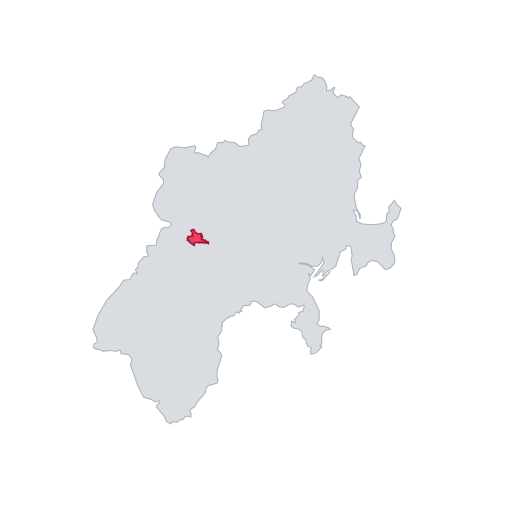 Kiev City highlighted on a map of Ukraine, rotated 298°
{"feature_id": "UKR-4826", "entity_name": "Kiev City", "entity_type": "Municipality", "adm_level": 1, "iso_a3": "UKR", "parent_name": "Ukraine", "parent_adm1": "", "projection": "mercator", "projection_center": [30.516, 50.341], "detail": "fine", "context": "in_parent", "style": "filled", "palette": "rose", "viewbox_px": 512, "rotation_deg": 298, "n_neighbors": 0, "source": "natural_earth", "source_scale": "10m", "svg_char_len": 4985}
<svg xmlns="http://www.w3.org/2000/svg" viewBox="0 0 512 512"><g transform="rotate(298 256 256)"><path d="M337.5,342.8L342.5,350.4L346.6,354.3L348.7,354.4L354.5,351.7L358.2,352.6L361.5,350.2L370.0,352.0L367.4,356.8L366.2,361.7L355.2,363.5L351.2,360.6L346.9,360.7L344.5,364.3L340.3,366.7L338.9,369.5L331.1,369.4L325.9,371.9L322.0,377.3L317.6,380.6L314.2,381.7L308.9,380.4L304.6,376.8L308.0,366.4L306.8,360.8L303.4,358.1L299.1,357.9L293.5,353.3L287.0,353.9L284.9,351.7L298.1,341.3L301.0,340.9L309.1,335.4L307.6,330.9L304.2,332.1L299.4,328.5L284.2,331.3L275.0,325.9L270.7,325.3L269.6,324.0L274.1,322.8L274.4,320.8L268.2,319.5L264.9,317.0L281.8,319.4L286.3,315.2L281.6,316.7L276.9,315.7L275.2,314.3L273.1,310.0L273.0,304.0L270.8,298.6L269.2,296.9L272.4,305.7L271.6,314.1L264.4,313.7L265.1,310.2L261.7,314.7L256.2,314.9L249.0,317.1L246.1,325.8L237.0,337.8L228.6,341.9L225.8,341.2L224.6,342.1L224.0,345.8L225.5,347.6L226.7,353.5L226.2,356.0L223.3,352.7L219.9,351.2L216.1,351.7L209.2,355.1L206.9,354.5L207.1,356.2L206.4,356.7L200.0,355.0L197.2,353.4L195.0,350.3L197.0,348.8L201.0,348.3L200.8,343.8L205.8,338.3L206.0,335.7L210.3,332.3L211.6,328.5L210.0,322.9L210.6,319.9L215.3,317.9L215.7,322.3L216.8,321.9L217.8,319.7L224.3,321.7L226.2,320.2L229.0,323.2L234.0,322.4L235.1,321.0L230.8,317.5L231.2,311.9L229.8,308.6L223.4,304.5L222.1,299.5L222.7,295.1L219.5,293.3L214.3,288.3L215.9,279.4L215.5,276.1L214.1,273.5L209.8,273.9L206.7,268.7L201.6,267.7L200.2,269.6L199.4,267.8L197.6,267.9L197.8,265.7L196.6,264.9L192.4,264.4L191.3,262.3L186.7,259.3L181.1,257.4L178.0,259.4L176.6,258.8L174.4,260.8L166.4,260.3L161.6,264.3L155.0,266.0L154.4,268.9L152.1,272.6L137.4,275.2L131.3,277.9L129.3,280.4L125.5,281.2L118.9,274.6L116.9,274.1L110.5,275.4L99.9,272.7L94.4,272.7L88.8,269.7L87.0,272.2L83.3,274.1L82.9,271.5L81.0,269.0L77.1,268.2L75.8,266.0L72.3,264.4L70.2,259.6L67.7,259.7L67.9,254.5L71.1,250.8L76.2,238.5L82.5,239.6L82.7,238.2L79.7,235.4L80.3,231.4L78.5,223.5L79.7,221.4L86.6,211.9L100.8,196.3L106.2,195.2L108.7,191.2L108.8,188.4L106.3,182.8L109.0,180.8L108.8,179.9L106.5,177.7L103.9,171.5L99.8,165.3L100.1,162.5L98.5,158.4L98.6,155.3L102.4,154.4L105.8,156.1L109.4,153.4L114.4,146.6L129.1,144.4L147.1,145.0L164.8,149.8L172.6,150.5L175.8,155.7L182.2,155.6L184.0,156.5L184.2,159.7L187.6,155.9L190.7,157.0L194.4,155.3L203.0,157.5L204.1,160.4L205.8,161.2L208.3,157.6L213.6,154.7L218.7,162.9L223.0,161.2L235.7,159.7L238.8,162.3L239.3,164.8L243.8,166.9L245.6,163.8L243.5,155.7L244.6,152.6L248.2,145.6L252.9,140.5L265.3,138.4L276.8,140.3L280.1,138.2L281.8,132.8L283.3,131.6L291.1,133.5L298.3,130.5L310.5,130.3L314.5,133.5L318.5,142.8L324.4,149.5L324.0,151.7L318.6,152.9L318.5,154.1L320.3,157.2L320.9,163.6L321.8,164.3L320.6,167.2L326.4,167.8L331.0,170.0L338.4,168.9L340.3,173.7L343.5,174.2L343.6,177.4L346.2,184.7L345.2,188.6L345.6,190.9L349.4,196.5L351.1,197.3L355.7,194.3L360.4,195.2L364.4,199.4L368.4,199.4L370.9,201.8L373.8,199.1L387.7,195.1L391.1,199.1L391.5,201.6L393.6,205.0L400.8,211.2L402.9,210.6L403.5,207.8L405.2,206.9L409.3,209.8L413.4,210.1L419.0,214.3L424.4,213.3L427.1,217.0L430.4,217.4L437.1,222.5L443.4,222.3L442.9,227.0L444.3,229.0L443.9,232.8L439.4,238.8L435.1,240.6L436.5,243.6L441.4,245.6L441.7,246.5L437.3,247.0L435.5,249.1L434.2,253.8L438.2,255.3L439.4,261.1L438.5,262.9L440.8,264.0L436.1,277.3L417.0,277.5L413.2,282.8L407.5,284.6L405.8,286.1L404.0,293.5L405.7,294.9L404.0,298.0L404.3,300.6L390.3,301.1L386.0,305.9L379.9,307.2L374.6,312.1L372.4,310.6L369.6,310.7L363.8,313.8L358.5,313.6L354.3,314.9L345.4,322.3L341.3,328.7L337.3,330.6L342.9,325.4L343.1,322.6L341.8,320.5L338.4,325.7L333.9,328.1L334.0,334.2L337.5,342.8ZM277.4,329.1L265.1,326.0L263.9,322.5L266.7,325.6L277.4,329.1Z" fill="#d9dde1" stroke="#a8b0b8" stroke-width="1"/><path d="M247.8,186.7L249.0,187.2L249.8,187.7L250.0,189.5L249.2,190.4L248.6,190.8L248.1,191.5L248.1,192.0L248.4,192.6L248.2,193.0L248.3,194.2L249.4,196.0L249.5,196.6L250.1,197.0L249.7,197.7L248.9,197.7L248.9,199.0L248.1,199.2L247.5,198.5L247.4,199.0L247.4,200.0L247.0,200.2L246.4,199.9L245.9,200.1L245.8,199.6L245.1,199.9L245.3,200.4L245.1,200.7L245.7,202.3L246.1,203.5L245.8,204.6L245.4,204.6L245.5,205.5L246.0,206.6L245.7,207.0L245.9,207.5L244.6,208.1L244.5,206.6L244.3,205.6L243.7,205.4L243.6,203.8L243.1,203.8L243.3,202.4L242.7,201.9L242.4,202.1L242.3,201.5L241.9,201.3L241.9,200.7L241.7,200.0L241.3,200.1L241.0,200.0L240.8,199.3L241.0,198.7L240.5,197.8L239.9,197.2L239.3,196.5L239.0,195.2L238.7,195.1L238.2,195.3L237.4,195.0L237.0,196.1L236.7,196.0L236.5,196.4L236.3,195.9L236.4,195.1L236.4,194.6L236.6,194.0L236.6,193.5L236.6,193.0L236.8,192.7L236.9,192.0L236.8,191.4L236.9,190.8L237.4,190.4L237.8,190.1L237.8,189.5L237.6,188.9L238.0,188.7L238.3,189.3L238.5,188.6L238.0,187.8L239.3,187.7L239.4,186.9L241.4,186.9L241.5,187.8L242.1,187.9L242.3,189.1L242.9,189.6L243.3,190.3L243.8,190.6L243.6,189.9L243.9,189.6L245.9,189.8L246.3,188.8L246.9,188.6L247.4,188.2L247.3,187.2L247.8,186.7Z" fill="#f43f5e" stroke="#9f1239" stroke-width="1.5"/></g></svg>